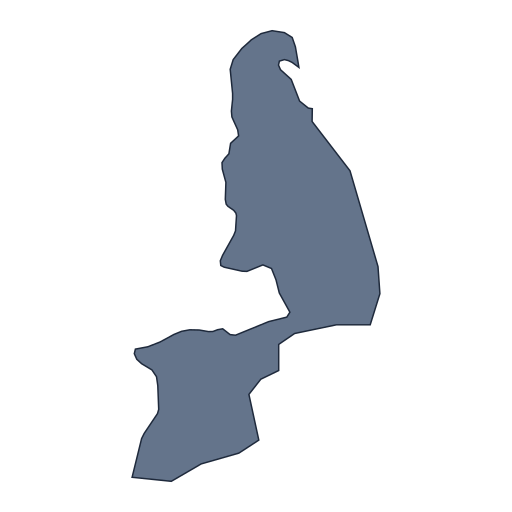 an SVG outline of Al Buraymi
{"feature_id": "OMN-4836", "entity_name": "Al Buraymi", "entity_type": "Province", "adm_level": 1, "iso_a3": "OMN", "parent_name": "Oman", "parent_adm1": "", "projection": "mercator", "projection_center": [55.822, 24.259], "detail": "fine", "context": "isolated", "style": "filled", "palette": "slate", "viewbox_px": 512, "rotation_deg": 0, "n_neighbors": 0, "source": "natural_earth", "source_scale": "10m", "svg_char_len": 1285}
<svg xmlns="http://www.w3.org/2000/svg" viewBox="0 0 512 512"><path d="M272.1,30.7L283.7,32.5L284.4,32.6L292.2,37.5L295.4,46.8L297.8,60.7L298.9,67.4L292.1,62.4L288.4,60.6L284.4,59.6L279.4,61.1L278.5,65.1L280.5,69.7L291.2,79.4L299.6,101.1L308.3,108.1L312.3,108.7L312.1,121.5L350.0,170.8L378.0,266.6L379.9,293.7L370.2,324.8L336.4,324.8L294.6,333.5L278.7,344.4L278.7,370.5L260.8,379.2L248.9,394.4L258.8,440.1L238.9,453.1L201.2,463.9L171.3,481.3L132.1,477.3L141.6,438.6L144.2,433.4L157.5,413.6L158.7,409.4L157.8,385.7L156.5,376.7L151.9,369.9L141.6,363.7L136.8,359.3L134.3,353.7L135.4,349.1L147.7,346.8L159.8,342.1L165.4,339.1L173.8,334.5L181.6,331.3L189.7,329.8L199.2,330.0L208.5,331.6L212.9,331.5L217.6,329.7L222.7,328.8L230.1,334.6L235.5,335.2L268.7,321.6L286.8,317.1L289.9,312.2L279.3,293.0L276.0,279.8L271.5,268.5L262.9,264.9L246.9,271.4L242.1,271.2L224.2,267.2L220.8,265.5L220.3,260.8L222.6,255.3L233.7,235.4L235.5,230.9L236.5,215.7L235.9,213.1L233.7,210.3L228.0,206.4L226.2,204.2L225.3,199.4L225.9,182.4L222.3,169.2L222.0,162.6L224.9,158.2L228.9,153.8L230.6,143.3L238.6,135.9L237.7,129.8L233.4,120.3L231.9,116.9L231.4,111.1L232.6,99.4L232.6,93.5L230.2,69.3L233.2,59.6L241.8,48.5L250.0,41.1L251.2,39.9L261.1,33.6L272.1,30.7Z" fill="#64748b" stroke="#1e293b" stroke-width="1.5"/></svg>